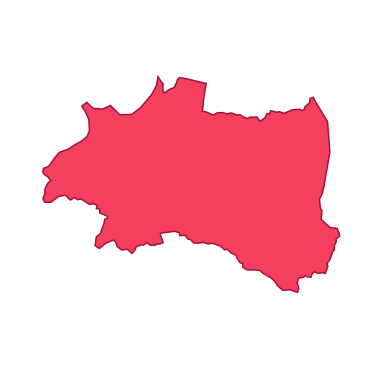 Naguabo, Puerto Rico, rotated 168°
{"feature_id": "32010507B83389329504851", "entity_name": "Naguabo", "entity_type": "district", "adm_level": 2, "iso_a3": "PRI", "parent_name": "Puerto Rico", "parent_adm1": "", "projection": "robinson", "projection_center": [-65.745, 18.235], "detail": "fine", "context": "isolated", "style": "filled", "palette": "rose", "viewbox_px": 384, "rotation_deg": 168, "n_neighbors": 0, "source": "geoboundaries", "source_scale": "gbopen_adm2", "svg_char_len": 2573}
<svg xmlns="http://www.w3.org/2000/svg" viewBox="0 0 384 384"><g transform="rotate(168 192 192)"><path d="M154.3,104.3L146.2,102.6L141.7,101.0L139.7,98.0L132.3,91.2L129.4,87.1L128.0,82.8L123.7,77.0L116.9,76.1L113.8,74.3L110.6,72.3L109.5,72.1L107.6,75.5L108.0,80.9L105.6,85.8L100.6,85.3L98.6,86.9L97.2,85.1L93.5,84.0L91.2,87.3L88.8,88.6L85.5,86.1L81.2,86.0L78.6,84.6L74.5,91.2L75.0,93.5L70.9,97.7L66.5,104.6L64.9,105.9L63.8,110.1L61.4,113.2L60.5,116.3L56.9,117.9L56.6,120.7L57.7,126.3L64.3,128.4L71.4,138.4L68.8,146.4L69.8,149.5L68.8,158.3L64.6,164.0L62.1,169.3L59.1,176.6L58.7,177.9L49.2,201.3L48.5,204.7L45.9,224.1L44.8,232.6L53.5,257.9L53.8,259.5L57.1,258.9L58.5,254.8L64.1,251.7L65.0,249.4L68.1,248.9L69.5,250.6L77.0,251.5L85.9,249.8L89.9,252.4L92.5,252.4L98.2,255.2L99.9,252.2L102.3,253.2L105.5,249.2L109.4,247.6L110.8,247.1L112.9,251.9L120.2,253.1L122.2,252.4L126.3,254.8L129.3,257.8L132.2,258.0L136.9,261.1L141.5,261.2L145.6,263.3L150.9,264.2L154.6,263.1L155.6,263.1L161.2,267.2L165.0,268.9L161.6,279.8L155.6,295.2L175.1,304.5L180.7,306.5L183.0,304.8L184.0,302.7L187.7,297.9L193.6,296.9L197.4,294.8L199.0,295.4L199.4,296.9L197.8,304.3L199.1,306.0L201.2,311.9L204.6,303.7L211.1,295.8L216.2,291.8L219.6,289.2L224.8,285.2L225.8,284.7L226.0,284.6L234.9,280.4L238.6,281.1L244.5,282.2L246.6,282.6L249.0,286.3L253.8,293.6L255.4,293.2L260.0,292.2L262.2,291.7L268.3,293.5L271.4,294.5L272.7,296.4L276.4,301.5L282.0,298.9L279.6,292.7L279.6,292.4L277.8,284.7L279.0,277.2L279.6,273.3L282.7,268.7L283.2,268.0L290.1,264.5L291.5,264.1L292.7,263.8L293.1,263.7L296.5,262.7L304.2,259.6L313.5,258.4L320.2,253.1L326.8,246.9L330.9,246.3L332.3,246.1L333.7,242.6L332.9,240.1L329.3,236.1L327.9,232.3L331.0,230.8L335.1,225.7L336.4,220.6L339.2,216.5L338.3,212.6L332.0,211.3L324.0,215.2L317.4,215.4L315.5,214.2L313.8,210.7L312.5,209.4L307.8,211.1L305.6,208.3L301.9,208.2L294.5,200.9L291.4,201.3L287.5,198.7L289.0,195.7L285.8,194.4L286.6,190.7L279.7,185.8L280.2,183.8L282.9,183.5L284.8,179.4L290.4,170.3L294.9,168.1L297.9,159.7L294.4,156.0L287.3,159.7L279.1,161.3L277.1,159.1L276.4,153.9L274.9,152.2L272.4,149.7L267.0,149.5L263.6,144.4L260.1,146.8L258.0,150.0L252.6,150.9L250.3,150.2L246.3,151.9L244.2,148.8L239.0,147.6L237.1,148.5L234.1,147.8L230.8,148.5L231.8,157.5L231.2,158.3L217.0,157.1L212.9,154.8L213.1,151.9L207.5,150.9L205.9,146.9L203.4,145.7L200.9,141.8L197.2,140.8L191.4,140.3L186.9,137.8L183.5,137.9L175.9,133.6L172.0,128.6L169.3,128.7L166.7,124.5L161.7,120.7L162.1,119.1L159.9,112.9L157.3,111.5L158.0,107.7L154.3,104.3Z" fill="#f43f5e" stroke="#9f1239" stroke-width="1.5"/></g></svg>